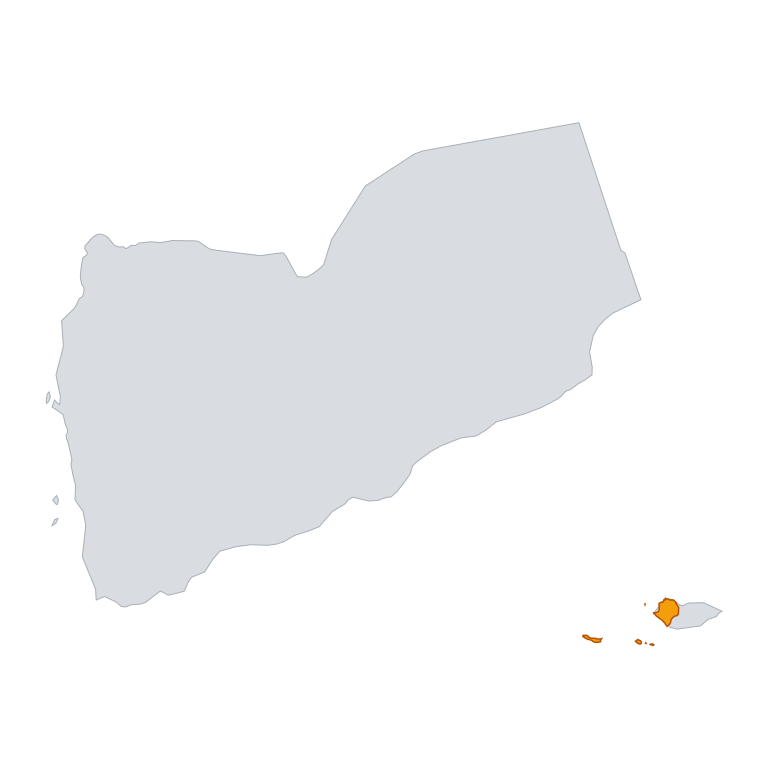 location of Qalansiyah wa Abd Al Kuri, Hadramawt, Yemen
{"feature_id": "15242507B10596271459975", "entity_name": "Qalansiyah wa Abd Al Kuri", "entity_type": "district", "adm_level": 2, "iso_a3": "YEM", "parent_name": "Yemen", "parent_adm1": "Hadramawt", "projection": "equal_earth", "projection_center": [53.013, 12.411], "detail": "fine", "context": "in_parent", "style": "filled", "palette": "amber", "viewbox_px": 768, "rotation_deg": 0, "n_neighbors": 0, "source": "geoboundaries", "source_scale": "gbopen_adm2", "svg_char_len": 7035}
<svg xmlns="http://www.w3.org/2000/svg" viewBox="0 0 768 768"><path d="M640.9,299.7L612.6,313.2L605.1,319.2L598.3,326.6L593.1,335.8L589.6,352.1L592.2,367.0L592.0,374.9L584.6,380.2L577.8,384.0L570.1,389.8L565.5,391.3L561.7,395.9L557.3,399.1L541.4,407.5L524.0,414.0L496.4,421.8L485.7,430.2L476.0,436.0L461.3,437.8L441.0,445.8L429.7,452.2L415.7,462.7L412.6,466.0L410.1,473.8L405.7,480.4L397.2,491.4L390.9,497.0L386.7,497.3L378.5,500.3L368.8,501.0L352.5,497.1L348.3,499.8L344.8,504.1L332.2,511.6L319.3,526.6L309.9,530.5L294.7,535.3L284.1,541.5L276.9,544.0L267.8,545.3L250.8,544.7L234.8,546.9L219.8,551.2L212.8,559.2L204.7,571.9L191.6,577.2L188.4,581.7L184.3,591.1L175.8,593.5L168.2,595.1L160.4,591.0L145.6,602.3L140.0,604.2L131.5,604.6L125.5,607.0L121.2,606.3L115.9,601.9L104.5,596.5L96.2,600.0L95.6,589.3L82.3,556.7L85.5,528.2L85.6,524.2L83.0,511.5L75.0,499.9L75.5,485.3L72.9,474.8L70.9,464.0L71.6,461.1L71.8,458.5L67.9,442.0L66.5,438.6L66.1,435.1L67.5,432.5L67.5,429.4L65.3,424.3L63.2,414.6L52.1,407.0L54.5,399.9L56.6,402.4L59.5,404.5L60.2,399.9L60.3,396.5L56.0,375.0L63.4,346.4L61.6,320.7L72.3,310.3L75.1,307.1L76.6,304.4L79.2,298.5L82.6,296.6L84.0,290.5L83.9,287.4L81.8,284.7L80.3,277.5L81.0,268.4L81.6,264.6L82.9,257.6L86.6,255.1L87.5,253.0L84.7,248.6L85.0,246.0L91.4,238.6L93.9,236.4L98.0,234.1L101.2,234.2L104.8,235.5L108.0,237.5L111.1,241.3L114.4,245.5L119.5,247.1L123.0,246.7L125.8,248.6L128.2,247.6L131.0,245.4L135.3,245.5L139.3,243.0L150.5,241.8L161.2,242.6L172.5,240.5L183.7,240.7L195.1,240.9L197.6,241.2L200.0,242.5L209.5,249.0L216.7,250.3L231.2,252.1L246.7,254.0L260.2,255.7L271.6,254.1L281.1,252.8L283.6,253.1L286.5,257.1L292.0,267.2L297.3,276.7L306.8,277.2L312.9,273.6L319.6,268.6L323.7,264.7L328.5,249.3L331.7,239.3L338.8,228.1L344.7,218.7L352.5,206.3L356.9,199.4L365.5,185.8L373.6,180.6L389.2,170.4L404.5,160.4L414.5,153.9L422.9,150.9L437.1,148.3L453.7,145.3L470.4,142.3L488.1,139.1L507.9,135.6L521.4,133.1L538.7,130.0L553.0,127.4L565.8,125.1L578.9,122.7L581.4,130.2L583.9,137.7L586.3,145.2L588.8,152.7L591.3,160.3L593.7,167.8L596.2,175.3L598.7,182.8L601.1,190.3L603.6,197.9L606.1,205.4L608.6,212.9L611.0,220.5L613.5,228.0L616.0,235.5L618.5,243.1L620.9,250.4L624.9,252.9L627.3,259.9L630.7,269.8L634.1,279.8L637.5,289.8L640.9,299.7ZM679.4,604.8L682.9,605.7L688.3,603.0L703.5,602.7L721.9,611.2L718.5,613.4L716.4,616.5L708.3,619.3L700.3,625.9L677.0,629.1L670.1,627.3L664.5,620.9L654.1,612.7L658.2,607.4L659.0,605.0L660.6,602.7L666.5,598.7L672.4,599.4L679.4,604.8ZM57.9,503.0L57.1,504.6L56.1,504.2L52.6,500.2L56.5,495.6L58.5,499.9L57.9,503.0ZM48.4,401.7L46.6,403.4L46.1,400.4L47.4,393.8L49.2,391.9L50.4,396.8L49.6,399.5L48.4,401.7ZM55.8,523.3L52.0,525.7L54.6,519.6L57.3,518.4L58.0,518.6L55.8,523.3Z" fill="#d9dde1" stroke="#a8b0b8" stroke-width="1"/><path d="M676.3,602.8L676.2,602.7L676.0,602.4L675.6,602.1L675.4,601.8L675.1,601.6L674.8,601.3L674.5,601.0L674.2,600.7L673.9,600.3L673.6,600.1L673.2,600.1L672.8,600.1L672.4,600.1L672.0,600.0L671.6,600.0L671.2,600.0L670.8,600.0L670.8,599.9L670.5,599.9L670.2,599.9L669.8,599.8L669.4,599.7L669.2,599.7L668.7,599.5L668.4,599.3L668.0,599.1L667.7,598.9L667.4,598.8L667.1,598.8L666.7,598.8L666.4,598.8L666.2,598.9L666.0,599.0L665.7,599.2L665.4,599.6L665.1,599.8L665.1,599.3L665.1,599.2L665.1,598.8L664.8,599.2L664.5,599.5L664.2,599.6L663.9,599.8L663.7,600.2L663.6,600.7L663.5,601.1L663.3,601.4L663.0,601.8L662.8,602.1L662.4,602.4L662.1,602.4L661.7,602.3L661.4,602.3L661.0,602.4L660.6,602.5L660.3,602.6L660.0,602.8L659.7,603.1L659.4,603.3L659.0,603.5L659.0,604.0L659.1,604.4L659.2,604.9L659.4,605.4L659.4,606.0L659.3,606.5L659.1,606.9L659.2,607.3L659.2,607.9L659.2,608.5L659.1,609.1L659.1,609.6L659.1,610.1L659.0,610.5L658.8,611.0L658.6,611.3L658.4,611.6L658.1,611.8L657.7,612.1L657.3,612.2L657.0,612.3L656.6,612.4L656.3,612.5L655.9,612.6L655.6,612.7L655.2,612.6L654.8,612.7L654.4,612.7L653.9,612.7L653.8,613.1L653.7,613.1L653.8,613.5L654.0,613.9L654.3,614.1L654.8,614.3L655.3,614.6L655.6,615.0L655.9,615.4L656.2,615.8L656.4,616.2L656.7,616.4L657.2,616.5L657.5,616.7L657.8,616.9L658.1,617.2L658.4,617.5L658.7,617.7L659.0,618.0L659.4,618.4L659.7,618.7L660.0,618.9L660.4,619.1L661.1,619.4L661.4,619.6L661.7,619.9L662.0,620.1L662.3,620.3L662.6,620.6L662.9,621.0L663.1,621.5L663.4,621.7L663.5,621.8L664.1,622.2L664.4,622.5L664.7,622.8L664.9,623.2L665.1,623.6L665.3,624.0L665.6,624.4L665.8,624.8L666.1,625.1L666.4,625.4L666.7,625.7L666.9,626.0L667.0,626.2L667.1,626.4L668.9,624.9L670.0,623.7L670.3,623.0L670.6,622.3L670.8,621.0L671.3,619.6L671.5,619.0L672.6,617.9L673.0,617.4L674.4,616.3L674.5,616.2L676.9,615.6L678.3,614.4L678.6,610.5L678.6,610.0L678.6,607.4L677.7,605.9L676.8,604.6L676.1,603.8L676.3,603.1L676.3,602.8ZM586.6,635.5L586.2,635.3L585.9,635.2L585.6,635.3L585.2,635.5L584.9,635.6L584.6,635.5L584.2,635.3L583.9,635.3L583.5,635.3L583.2,635.4L582.9,635.6L582.9,635.9L583.1,636.3L583.1,636.8L583.5,637.0L583.8,637.1L584.1,637.2L584.5,637.3L584.8,637.6L585.1,638.1L585.4,638.3L585.7,638.4L586.1,638.4L586.5,638.6L586.8,638.7L587.2,639.0L587.4,639.3L587.7,639.4L588.1,639.4L588.4,639.4L588.7,639.4L589.1,639.4L589.4,639.5L589.8,639.7L590.1,639.8L590.4,640.0L590.8,640.1L591.1,640.2L591.5,640.3L591.9,640.4L592.2,640.6L592.4,641.0L592.6,641.2L593.0,641.5L593.4,641.6L593.7,641.7L594.1,641.9L594.4,642.2L594.7,642.3L595.1,642.3L595.5,642.3L595.8,642.3L596.1,642.3L596.5,642.3L596.9,642.3L597.2,642.3L597.6,642.3L597.9,642.2L598.3,642.2L598.6,642.1L599.0,642.0L599.4,642.0L599.7,641.9L600.0,641.8L600.4,641.8L600.7,641.6L600.7,641.2L600.5,640.8L600.4,640.4L600.5,640.0L600.8,639.6L601.1,639.3L601.4,639.0L601.6,638.6L601.3,638.7L601.0,638.8L600.7,638.9L600.3,639.0L600.0,639.0L599.6,639.0L599.3,639.0L599.0,639.0L598.6,639.0L598.2,639.0L597.8,639.0L597.5,639.0L597.1,639.0L596.8,638.8L596.5,638.6L596.2,638.5L595.8,638.4L595.5,638.4L595.1,638.4L594.8,638.4L594.4,638.4L594.1,638.3L593.8,638.3L593.4,638.2L593.0,638.2L592.7,638.2L592.2,638.2L591.7,638.2L591.4,638.2L591.1,638.1L590.7,638.0L590.4,637.9L590.0,637.7L589.6,637.5L589.3,637.4L589.0,637.2L588.7,637.0L588.4,636.7L588.1,636.3L587.9,635.9L587.6,635.6L587.3,635.6L586.9,635.6L586.6,635.5ZM640.7,640.9L640.4,640.8L640.1,640.7L639.7,640.5L639.3,640.3L639.0,640.0L638.7,639.9L638.3,639.8L638.0,639.7L637.7,639.5L637.4,639.6L637.2,640.1L637.0,640.5L636.8,640.8L636.5,641.0L636.2,641.0L635.8,641.0L635.4,641.1L635.4,641.3L635.6,641.6L635.9,641.9L636.2,642.0L636.6,642.1L636.8,642.4L637.1,642.7L637.4,643.0L637.7,643.3L638.1,643.4L638.4,643.5L638.8,643.6L639.1,643.8L639.5,644.0L639.8,644.1L640.3,644.0L640.6,643.9L641.0,643.7L641.3,643.4L641.4,643.0L641.4,642.5L641.3,642.1L641.2,641.7L641.0,641.3L640.7,640.9ZM653.8,644.9L653.6,644.6L653.3,644.3L653.0,644.1L652.6,644.0L652.3,644.0L651.9,644.0L651.6,644.1L651.1,644.1L650.8,644.1L650.4,644.2L650.1,644.3L650.4,644.6L650.8,644.8L651.1,644.9L651.4,645.0L651.8,645.1L652.2,645.2L652.6,645.2L653.1,645.2L653.6,645.3L653.8,644.9ZM646.1,643.4L645.8,642.9L645.6,643.4L646.1,643.4ZM645.3,604.2L645.0,604.1L645.1,604.6L645.3,604.2Z" fill="#f59e0b" stroke="#b45309" stroke-width="1.5"/></svg>